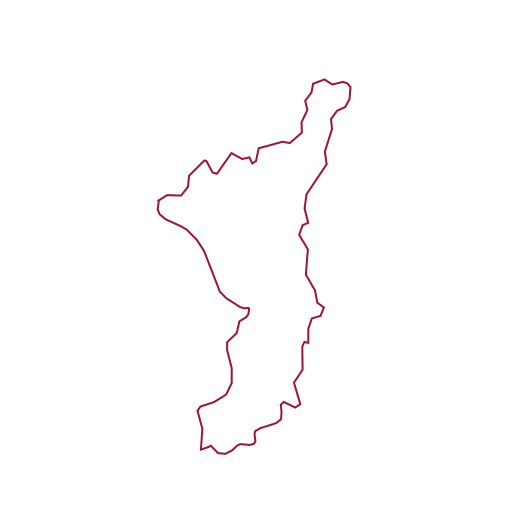 the District of Strabane, rotated 300°
{"feature_id": "GBR-2135", "entity_name": "Strabane", "entity_type": "District", "adm_level": 1, "iso_a3": "GBR", "parent_name": "United Kingdom", "parent_adm1": "", "projection": "orthographic", "projection_center": [-7.446, 54.773], "detail": "fine", "context": "isolated", "style": "outline", "palette": "rose", "viewbox_px": 512, "rotation_deg": 300, "n_neighbors": 0, "source": "natural_earth", "source_scale": "10m", "svg_char_len": 1388}
<svg xmlns="http://www.w3.org/2000/svg" viewBox="0 0 512 512"><g transform="rotate(300 256 256)"><path d="M202.1,278.4L207.1,276.3L207.1,274.9L205.1,272.7L203.8,267.8L204.6,251.4L207.0,242.6L234.4,208.5L240.3,196.9L244.2,182.8L244.2,176.0L242.6,159.3L244.0,151.6L247.1,147.6L254.6,144.5L255.1,143.6L255.5,144.0L264.2,148.5L270.9,160.9L281.9,162.5L292.1,157.9L312.9,163.5L313.4,165.7L306.6,176.6L307.6,181.0L332.8,183.3L333.1,195.6L338.1,200.9L334.3,206.5L338.2,208.5L350.7,204.5L368.3,222.0L370.7,228.8L385.8,234.0L394.5,228.6L408.1,227.5L415.0,221.0L425.3,222.3L433.7,219.3L443.1,227.0L442.7,236.3L450.3,244.3L451.2,248.8L449.5,253.4L438.7,258.5L429.6,258.8L422.3,253.6L412.1,252.5L403.8,258.4L380.9,263.4L370.8,271.3L334.6,268.9L321.3,274.4L310.9,284.6L306.0,281.0L295.9,282.8L287.7,297.6L264.8,308.5L255.7,324.3L246.2,332.5L245.3,340.6L236.4,341.8L229.9,335.6L219.4,337.6L206.9,344.7L205.8,340.9L200.7,341.4L180.8,353.2L165.3,352.2L149.9,368.4L144.4,365.8L143.5,353.0L139.5,351.9L133.5,356.2L127.2,359.3L121.3,357.0L109.2,345.9L104.0,342.9L101.1,343.7L95.2,348.2L92.0,348.0L89.1,344.8L85.3,336.5L82.1,334.4L75.6,332.5L69.3,328.3L66.3,321.6L69.2,311.7L66.9,310.4L60.8,305.1L79.6,295.9L92.6,282.8L97.8,283.1L108.5,292.7L121.0,299.4L133.8,298.5L146.8,291.0L160.0,278.1L166.8,274.1L179.7,277.8L191.1,274.3L198.2,278.2L202.1,278.4Z" fill="none" stroke="#9f1239" stroke-width="2"/></g></svg>